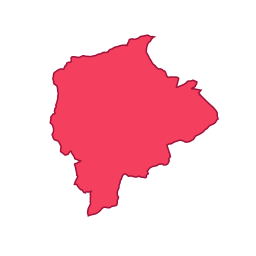 outline of Sutatausa, Cundinamarca, Colombia, rotated 14°
{"feature_id": "7082276B12130404370303", "entity_name": "Sutatausa", "entity_type": "district", "adm_level": 2, "iso_a3": "COL", "parent_name": "Colombia", "parent_adm1": "Cundinamarca", "projection": "albers", "projection_center": [-73.854, 5.238], "detail": "fine", "context": "isolated", "style": "filled", "palette": "rose", "viewbox_px": 256, "rotation_deg": 14, "n_neighbors": 0, "source": "geoboundaries", "source_scale": "gbopen_adm2", "svg_char_len": 5744}
<svg xmlns="http://www.w3.org/2000/svg" viewBox="0 0 256 256"><g transform="rotate(14 128 128)"><path d="M209.7,90.5L209.4,90.1L205.7,87.4L201.2,85.1L190.3,78.7L189.8,78.6L190.0,78.3L189.6,78.0L188.0,77.1L189.7,73.6L185.6,73.9L184.1,73.9L182.6,74.2L182.1,74.2L180.6,74.5L180.3,74.4L180.8,73.4L181.8,73.1L183.1,71.5L183.0,71.3L183.2,70.4L183.5,69.6L183.7,68.9L183.8,68.8L183.8,68.4L183.7,67.0L183.6,66.5L182.8,66.5L180.6,66.0L179.2,66.0L178.3,66.8L177.4,67.3L175.6,67.7L174.9,68.0L174.5,68.4L174.2,68.8L173.2,70.6L171.5,72.4L170.2,73.3L166.2,76.3L165.1,76.6L165.1,72.1L165.2,68.5L165.1,67.5L163.7,66.9L162.1,67.0L159.8,67.6L157.1,68.2L154.8,69.1L154.3,69.1L153.9,68.9L153.4,68.4L152.7,67.7L152.1,66.6L150.7,64.6L150.1,64.2L149.5,63.9L148.3,63.8L147.6,63.3L147.1,63.1L146.0,62.8L144.9,62.8L143.4,63.4L142.7,63.2L140.7,62.1L140.5,61.9L140.2,61.9L139.7,61.7L139.5,61.2L139.2,61.0L137.1,60.0L136.4,59.6L135.8,59.1L134.6,57.7L133.6,56.7L133.3,56.3L133.0,56.0L131.9,55.2L131.0,53.9L127.8,50.4L127.3,49.7L127.1,49.3L127.0,48.1L126.6,44.9L126.7,42.5L126.8,41.5L127.6,39.6L127.9,39.1L128.7,38.4L128.9,37.9L129.1,36.1L129.7,35.5L129.8,35.0L130.1,34.7L130.5,33.8L131.2,33.3L130.6,33.3L129.5,33.4L127.9,33.9L127.0,33.8L125.6,33.2L124.9,33.2L124.4,33.2L121.7,34.6L119.9,35.3L118.1,36.2L117.7,36.5L117.2,37.3L116.0,38.6L113.6,40.1L112.9,40.4L112.2,40.5L110.8,40.4L110.3,40.6L107.9,41.8L107.8,44.1L107.1,46.3L107.1,46.8L107.4,47.6L107.3,47.9L107.1,48.1L106.4,48.2L105.7,48.1L101.7,49.4L100.4,50.1L98.6,51.3L97.9,51.6L97.3,52.0L95.8,52.7L95.4,52.9L94.7,53.8L93.8,54.6L93.3,55.2L91.7,56.1L91.3,56.5L90.6,57.5L90.5,58.1L90.4,58.9L90.0,58.9L89.5,59.3L88.3,60.1L87.0,60.2L86.5,60.4L85.4,60.9L84.5,61.6L84.0,62.3L83.5,62.8L82.3,63.1L81.3,63.6L79.9,64.7L79.2,65.4L74.3,67.8L71.4,68.3L70.0,68.6L68.2,68.6L66.9,68.7L66.6,68.9L64.4,70.8L63.1,71.4L61.9,71.7L60.1,71.7L57.8,72.1L57.2,72.2L56.3,72.7L55.9,73.3L55.8,73.8L56.4,75.4L56.6,76.6L56.6,77.2L56.5,77.7L56.1,78.1L55.7,78.3L54.5,78.5L54.2,78.7L52.9,79.9L52.9,81.8L52.7,82.1L52.4,82.4L51.9,83.3L51.6,84.7L51.5,86.1L51.1,86.6L50.9,86.7L49.4,86.7L47.9,87.3L47.3,87.6L45.7,89.1L43.6,91.5L42.8,92.8L42.8,93.5L42.9,94.7L43.1,95.9L43.1,97.5L43.2,98.5L44.7,101.0L44.8,102.0L45.2,102.4L45.7,102.6L45.8,103.3L46.3,103.3L46.9,103.6L48.8,104.4L49.6,105.6L50.1,106.9L51.0,109.4L52.0,111.5L52.2,112.2L52.1,114.1L52.3,114.9L52.7,115.4L52.7,115.7L52.7,117.6L52.8,119.6L52.4,123.5L52.7,123.7L53.0,124.0L53.2,124.6L52.6,126.0L52.6,126.3L52.4,127.0L52.4,127.3L52.6,128.1L52.6,129.6L53.3,130.7L53.5,131.1L53.6,131.6L53.4,132.0L52.2,132.4L52.0,132.5L51.2,134.4L50.6,135.8L50.6,136.6L51.0,138.1L51.2,140.0L51.2,141.5L51.3,141.8L51.6,142.0L52.9,142.6L53.6,143.1L54.0,143.4L55.0,145.0L55.9,146.6L56.1,147.4L56.4,148.4L56.5,149.8L56.4,150.9L55.9,152.7L56.8,154.0L58.0,156.0L58.7,156.6L59.5,157.2L59.8,157.3L61.7,157.3L63.6,157.7L64.8,158.8L65.5,159.8L66.2,160.4L66.7,161.1L67.4,161.9L67.6,162.2L68.0,166.1L68.2,166.9L68.4,167.1L69.1,167.6L70.9,168.2L72.6,169.1L73.3,169.4L74.0,169.3L74.5,169.1L76.3,167.9L76.9,165.9L77.2,165.4L77.5,164.9L78.2,164.3L79.8,166.2L80.7,167.1L82.2,168.3L83.8,170.6L84.4,170.9L85.9,170.9L86.3,171.0L87.6,171.2L89.0,171.6L90.0,171.5L89.4,172.3L87.8,173.4L87.3,174.3L87.0,174.6L85.9,175.0L85.3,175.4L85.0,175.7L84.9,176.1L85.0,176.4L85.1,176.7L85.7,177.2L89.1,184.2L89.6,185.6L89.8,186.5L90.9,186.9L91.0,187.2L91.0,188.0L90.9,188.4L90.5,189.5L90.2,190.9L89.7,193.8L89.6,195.7L91.9,195.1L93.3,196.7L96.3,198.9L96.8,199.2L97.7,199.3L98.5,199.2L100.5,201.1L102.2,201.3L102.2,201.1L103.0,200.1L103.6,199.9L104.5,199.8L105.6,199.6L106.5,199.1L107.4,198.4L107.3,199.4L107.4,201.4L108.1,202.9L108.4,205.3L109.0,207.0L109.2,208.7L110.0,210.3L109.5,213.1L108.9,216.1L109.0,217.8L109.4,220.4L110.1,221.5L110.7,222.8L112.8,221.4L117.3,219.1L118.2,218.3L118.9,217.6L120.4,215.8L121.4,214.3L122.2,212.5L123.1,211.3L123.6,210.9L124.3,210.5L125.1,210.4L128.3,210.2L129.1,209.9L129.7,209.6L131.2,208.0L132.2,207.5L134.7,206.4L135.5,205.7L135.8,204.9L135.7,203.2L135.1,200.3L135.1,200.0L135.3,199.4L135.6,198.9L135.6,197.9L135.3,197.0L134.4,196.4L133.7,195.4L133.2,193.2L133.1,190.9L133.5,189.5L133.6,188.4L133.6,187.6L133.2,186.5L133.2,185.0L133.5,183.5L133.3,181.4L133.4,180.5L133.9,179.4L134.0,176.7L134.2,176.1L134.3,175.5L134.8,174.3L135.3,173.9L135.7,173.5L136.7,173.2L137.6,173.5L140.0,174.6L140.5,174.6L141.9,174.0L142.6,173.8L143.5,173.8L146.4,173.8L147.6,173.7L148.7,173.2L150.3,172.1L150.7,172.0L151.2,172.1L151.6,172.5L151.9,172.5L154.8,172.2L156.2,172.1L157.0,172.0L157.6,171.4L157.7,171.1L157.6,170.5L157.4,170.2L157.3,169.9L157.3,169.3L157.6,168.8L158.5,167.9L158.6,167.5L158.6,167.1L157.2,165.4L157.2,165.2L158.1,162.9L158.7,161.8L159.1,161.2L160.4,160.0L161.4,159.3L165.5,157.3L165.7,156.9L166.0,156.2L166.3,155.9L167.0,155.5L168.1,155.4L169.3,154.7L170.0,154.6L170.5,154.7L171.2,155.2L171.5,155.3L172.5,155.0L173.9,154.4L174.3,154.2L174.7,153.8L175.3,152.9L175.9,150.5L175.8,149.7L175.4,149.2L175.1,149.1L175.0,148.8L175.0,148.6L175.3,148.2L175.5,146.8L175.8,146.3L175.8,145.6L176.0,145.1L175.7,144.7L175.4,144.7L175.0,143.3L174.1,142.0L172.4,139.3L170.0,135.5L169.9,135.3L169.9,134.9L170.2,134.6L171.5,133.8L171.9,133.3L173.3,133.2L174.9,131.8L175.2,131.4L176.7,130.1L180.7,127.6L181.8,127.2L182.6,127.1L185.0,127.2L185.8,127.4L186.6,127.7L187.5,127.7L188.4,127.5L191.0,126.3L191.8,125.6L193.8,123.6L194.2,123.1L194.6,122.4L195.0,120.7L195.2,120.1L195.5,119.6L195.9,119.1L198.3,117.2L201.2,114.4L202.6,112.3L203.0,111.3L203.4,110.6L203.6,110.4L204.5,109.8L204.7,109.6L206.1,106.7L206.7,105.9L209.5,103.7L210.8,102.4L211.4,101.5L211.7,100.8L211.8,100.2L212.0,99.0L213.2,97.7L213.1,97.2L211.7,94.8L211.1,92.5L210.8,91.7L210.3,91.0L209.9,90.6L209.7,90.5Z" fill="#f43f5e" stroke="#9f1239" stroke-width="1.5"/></g></svg>